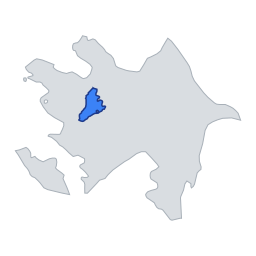 Goranboy District, Goranboy, Azerbaijan shown in context
{"feature_id": "54616110B75141866412524", "entity_name": "Goranboy District", "entity_type": "district", "adm_level": 2, "iso_a3": "AZE", "parent_name": "Azerbaijan", "parent_adm1": "Goranboy", "projection": "equal_earth", "projection_center": [46.678, 40.575], "detail": "fine", "context": "in_parent", "style": "filled", "palette": "blue", "viewbox_px": 256, "rotation_deg": 0, "n_neighbors": 0, "source": "geoboundaries", "source_scale": "gbopen_adm2", "svg_char_len": 5220}
<svg xmlns="http://www.w3.org/2000/svg" viewBox="0 0 256 256"><path d="M181.5,218.3L180.3,218.2L172.0,220.2L170.3,219.6L163.0,210.2L161.6,209.2L158.5,208.7L156.7,207.2L155.2,204.7L154.4,202.8L147.0,197.8L145.9,195.9L145.7,194.3L146.8,192.8L148.0,191.6L151.6,190.3L155.8,189.2L157.1,188.4L157.8,187.1L157.7,184.9L157.0,182.8L151.0,179.0L150.3,177.3L150.1,175.3L150.4,173.1L151.4,171.5L156.2,169.2L158.9,166.8L157.2,164.2L151.9,158.3L145.6,151.7L141.4,151.7L136.6,153.6L128.9,159.2L124.6,161.6L119.1,165.5L113.0,169.9L108.1,174.6L105.0,178.5L99.5,180.2L96.7,183.4L87.4,193.2L84.8,193.1L84.7,188.2L84.8,184.4L84.2,182.2L81.2,179.2L81.2,177.9L82.0,177.0L84.3,177.5L87.2,177.4L88.6,176.2L85.5,172.2L82.7,169.5L80.3,167.7L79.8,166.7L79.8,165.9L80.3,165.0L84.3,162.8L84.7,160.8L84.5,158.6L78.0,155.2L73.2,156.5L68.9,152.8L66.1,149.9L62.6,146.8L59.6,145.1L56.6,141.3L51.5,137.3L48.2,136.2L48.2,135.6L48.8,134.8L50.2,134.2L59.4,134.4L60.5,133.7L61.1,132.0L62.4,129.4L63.8,125.7L63.7,122.6L54.5,117.6L47.9,113.0L43.3,106.9L40.2,101.3L40.3,99.4L41.2,97.7L48.4,92.6L48.9,91.2L48.7,90.3L46.2,87.7L43.0,85.0L42.0,83.1L40.0,82.0L36.2,82.0L29.5,78.7L28.1,78.3L27.8,77.7L28.1,77.0L32.9,75.7L32.9,74.6L31.4,73.1L28.7,72.1L26.3,69.4L25.4,67.1L34.1,60.1L36.7,58.8L42.3,60.0L54.0,64.6L53.2,67.2L54.4,68.6L57.0,70.5L62.2,72.5L66.6,73.5L68.8,72.7L72.1,71.9L76.5,74.2L80.5,77.1L82.5,78.3L83.6,78.6L86.7,77.7L90.3,73.9L91.8,69.4L92.2,67.3L90.0,64.3L85.6,61.1L80.7,58.2L77.5,55.7L75.5,50.8L73.5,50.3L73.0,49.6L72.6,47.9L72.7,45.6L73.4,43.8L75.4,43.0L77.5,42.7L79.3,41.0L81.6,37.6L82.5,35.8L86.8,36.8L87.4,39.8L88.2,40.5L89.9,40.1L92.9,38.9L95.2,39.8L98.3,43.4L102.5,47.2L104.7,49.8L105.6,51.6L107.8,53.3L110.9,55.3L113.4,58.5L115.7,65.8L117.9,67.5L126.1,70.3L128.9,70.9L136.9,71.9L139.7,71.2L143.7,64.8L147.4,58.3L150.8,56.9L157.0,53.8L160.7,50.8L162.2,47.6L165.7,41.6L167.8,38.2L171.5,41.2L177.9,49.4L187.1,62.7L189.4,66.5L190.9,70.9L192.2,76.2L194.4,80.9L203.7,92.8L207.8,97.2L214.4,102.9L216.7,104.2L219.7,104.5L225.3,104.5L230.5,106.8L233.1,108.3L235.7,110.6L238.1,113.2L240.6,120.2L231.6,117.9L222.6,118.3L217.6,119.8L212.7,121.8L208.0,124.7L205.1,130.4L202.7,143.5L199.2,155.7L199.4,161.4L201.1,166.9L200.9,169.5L199.3,170.6L197.2,172.9L194.5,184.2L193.2,186.5L191.4,187.9L190.9,186.6L190.9,183.6L186.9,181.0L184.9,183.9L183.5,190.1L180.7,196.7L180.5,198.0L181.5,218.3ZM47.3,102.5L47.7,100.7L46.5,99.9L45.3,99.9L44.3,100.8L44.3,103.0L45.7,103.3L47.3,102.5ZM17.3,153.5L16.0,151.7L15.4,150.7L19.4,149.9L26.0,147.4L27.8,148.6L29.7,151.1L30.7,153.2L30.8,157.1L31.6,157.7L34.9,156.4L36.3,158.0L38.8,159.9L43.1,161.8L49.3,158.8L52.4,158.1L55.0,158.1L56.3,159.1L56.8,162.1L56.3,165.9L55.5,167.9L56.8,169.4L61.9,173.1L64.1,175.1L63.0,178.6L66.8,187.2L68.1,190.5L69.6,194.6L61.7,193.0L47.7,189.6L43.9,187.8L40.2,183.0L38.1,180.7L34.9,177.7L32.2,176.6L30.2,174.6L29.1,171.5L27.5,168.8L24.6,165.5L18.1,154.6L17.3,153.5ZM26.2,80.9L25.4,81.5L24.0,80.9L23.6,79.5L23.8,78.1L25.1,77.8L26.1,78.2L26.4,79.5L26.2,80.9Z" fill="#d9dde1" stroke="#a8b0b8" stroke-width="1"/><path d="M96.9,89.3L96.7,89.2L94.3,88.5L93.3,88.0L93.4,88.3L92.1,88.8L90.3,90.8L89.4,91.7L88.9,92.2L88.2,93.0L88.4,93.7L88.2,94.2L87.8,94.5L87.5,94.6L86.7,95.3L86.4,95.7L86.1,95.8L86.2,96.5L86.1,97.2L85.9,97.9L85.6,98.3L85.9,98.8L86.1,99.5L86.1,100.5L86.1,100.9L86.1,101.9L86.1,103.2L86.1,104.5L85.9,105.4L85.8,106.3L85.4,107.5L85.0,107.9L84.8,108.3L84.6,108.5L84.2,108.9L83.8,109.1L83.6,109.7L83.3,110.1L83.1,110.2L82.7,110.6L82.3,111.1L82.0,111.4L81.6,111.7L81.6,112.3L81.4,112.9L81.0,113.2L80.6,113.5L79.9,114.1L79.6,114.4L79.4,115.1L79.4,115.8L79.4,116.5L79.5,117.4L79.7,118.3L79.7,118.8L79.5,119.0L79.2,119.3L79.0,119.6L78.9,120.0L79.1,120.3L79.5,120.4L79.9,120.6L80.1,120.6L80.4,120.8L80.8,121.0L81.3,121.1L81.7,121.2L82.2,121.3L82.8,121.3L83.3,121.2L83.7,120.9L84.1,120.8L84.4,120.4L84.7,120.1L85.2,119.9L85.6,119.6L86.0,119.2L86.7,119.1L87.0,118.8L87.5,118.4L87.8,117.7L88.1,117.4L88.3,117.0L88.7,116.6L89.4,116.4L89.8,116.2L90.5,116.0L90.9,115.6L91.4,115.3L91.9,115.1L92.4,114.7L92.7,114.4L93.3,114.2L93.9,113.8L94.3,113.7L94.6,113.5L95.1,113.3L95.6,113.4L96.1,113.3L97.0,113.3L97.5,113.2L97.9,113.1L98.5,113.0L98.8,112.6L98.8,112.4L99.6,112.1L100.0,111.8L100.5,111.5L100.9,111.4L101.6,111.1L101.9,110.7L102.3,110.2L102.5,109.6L103.1,109.4L103.3,109.2L103.9,109.1L104.4,109.1L104.6,108.5L104.9,108.0L105.3,107.3L105.5,106.7L105.1,106.2L104.6,106.1L103.7,106.2L103.3,106.3L102.7,106.4L102.3,106.1L102.0,105.6L101.8,105.0L101.9,104.1L102.1,103.4L102.2,102.8L102.5,102.2L102.5,101.6L102.3,101.1L102.1,100.9L101.4,100.5L101.6,100.5L100.9,100.3L100.3,100.1L99.7,100.1L99.1,100.7L98.6,100.9L97.9,101.2L97.4,100.9L97.4,100.3L97.5,99.5L97.9,98.9L98.2,98.6L98.7,98.3L99.1,98.0L99.4,97.7L99.5,97.3L99.4,96.7L99.0,96.4L98.6,96.2L98.1,96.0L97.6,95.9L97.1,95.7L96.5,95.5L96.2,95.3L95.9,94.9L95.9,94.4L95.9,93.9L96.0,93.4L96.2,92.8L96.3,92.5L96.6,92.1L96.8,91.4L96.9,90.9L96.9,90.4L96.8,89.6L96.9,89.3ZM97.2,110.3L97.5,110.4L98.0,110.7L98.2,110.9L98.4,111.2L98.4,111.6L98.2,111.9L98.1,112.0L97.9,112.2L97.4,112.4L97.0,112.4L96.7,112.2L96.4,111.9L96.4,111.6L96.3,111.3L96.3,111.2L96.3,110.9L96.5,110.7L96.8,110.5L97.2,110.3L97.2,110.3Z" fill="#3b82f6" stroke="#1e3a8a" stroke-width="1.5"/></svg>